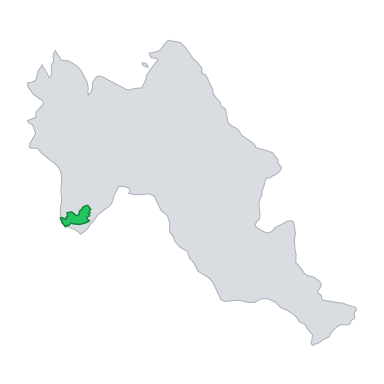 location of Kumgang, Kangwŏn-do, North Korea, rotated 91°
{"feature_id": "82179303B90843555893266", "entity_name": "Kumgang", "entity_type": "district", "adm_level": 2, "iso_a3": "PRK", "parent_name": "North Korea", "parent_adm1": "Kangwŏn-do", "projection": "orthographic", "projection_center": [128.039, 38.544], "detail": "fine", "context": "in_parent", "style": "filled", "palette": "green", "viewbox_px": 384, "rotation_deg": 91, "n_neighbors": 0, "source": "geoboundaries", "source_scale": "gbopen_adm2", "svg_char_len": 4589}
<svg xmlns="http://www.w3.org/2000/svg" viewBox="0 0 384 384"><g transform="rotate(91 192 192)"><path d="M236.1,303.0L234.4,304.0L231.4,309.3L228.7,316.1L226.0,319.7L222.9,321.7L219.5,322.9L212.9,323.4L206.9,323.0L205.0,322.2L196.7,322.6L194.4,323.1L182.6,322.5L176.4,323.0L172.4,324.3L168.4,327.0L164.9,331.0L161.8,335.4L155.5,343.3L151.1,347.2L151.0,352.8L150.8,354.5L149.3,355.7L148.8,355.2L146.3,354.7L136.2,349.4L127.8,352.4L125.6,356.4L123.4,357.7L120.2,349.6L114.8,349.3L106.4,342.0L102.7,343.3L101.7,346.1L96.8,352.5L90.0,357.7L87.9,358.3L85.4,357.9L85.8,356.4L83.3,350.3L73.0,347.6L69.3,344.9L67.4,344.3L77.8,337.9L80.5,336.7L78.6,335.1L76.4,334.3L68.0,335.0L63.7,332.7L57.4,333.2L53.0,331.2L62.4,325.0L62.9,321.1L62.9,318.1L67.8,309.5L72.6,304.9L84.8,298.4L90.0,297.6L93.8,297.9L96.9,297.4L93.7,294.7L90.6,293.4L84.4,293.4L78.1,289.3L77.7,285.1L90.8,259.1L91.1,256.7L89.3,250.2L88.9,244.0L80.2,240.1L76.3,239.6L65.3,232.1L60.9,228.4L59.1,229.4L58.6,235.0L56.9,236.2L53.9,237.2L52.7,230.7L50.4,226.0L43.1,220.9L40.6,218.2L42.1,212.6L41.5,212.1L42.9,205.8L47.7,201.1L59.2,192.8L62.2,188.9L68.0,184.3L70.6,184.5L73.2,184.1L74.1,182.1L74.7,180.4L77.0,179.0L82.5,176.5L88.8,173.2L93.7,172.4L99.9,167.4L102.4,165.1L104.9,165.2L105.6,164.1L107.1,161.5L109.0,159.7L111.7,159.5L116.1,158.3L121.5,157.6L125.4,153.3L126.7,150.2L129.2,146.8L134.5,143.2L138.2,137.7L142.2,131.7L144.2,129.8L146.0,129.5L147.2,127.2L148.5,120.8L150.4,114.6L151.6,111.7L156.2,108.5L157.3,107.0L158.4,106.5L160.5,106.9L163.3,105.1L166.0,103.0L168.4,103.8L170.8,105.5L173.4,109.0L174.5,111.8L176.5,114.1L176.8,117.5L178.9,118.9L183.2,119.7L190.2,122.0L194.8,122.2L197.4,123.9L202.9,124.9L213.8,123.6L218.3,124.3L220.2,126.4L223.0,128.1L224.8,128.2L227.2,125.3L229.8,120.7L231.5,117.1L231.4,114.3L229.9,111.3L226.3,108.5L223.9,104.1L221.7,99.6L220.4,98.1L219.3,95.9L219.1,92.6L219.8,90.3L225.2,88.8L232.2,87.9L237.8,88.8L247.2,88.1L252.9,86.8L257.2,87.0L261.1,86.9L262.8,85.0L268.3,80.3L270.9,78.6L273.7,75.4L274.1,72.1L274.7,69.4L276.3,66.6L279.1,63.0L281.5,61.3L284.2,61.5L287.1,63.1L288.9,64.7L291.0,64.2L292.6,61.4L293.7,60.8L297.0,60.5L298.0,58.8L299.0,50.7L300.2,44.2L300.3,39.7L303.1,32.3L303.9,27.8L305.6,25.7L307.6,25.8L309.2,27.1L311.4,27.8L314.1,27.0L316.1,28.1L317.4,30.5L321.6,32.0L322.0,33.2L322.1,41.3L324.5,45.0L327.6,48.3L331.8,51.3L334.1,52.0L335.5,54.2L336.9,57.9L340.0,61.6L341.6,64.3L342.0,67.1L343.4,68.6L341.1,70.5L337.9,69.5L332.7,69.0L326.2,74.7L322.5,76.7L320.0,82.2L314.9,85.6L312.1,89.1L308.5,95.1L306.2,100.9L300.6,106.9L297.5,114.4L297.4,120.8L301.2,127.2L301.6,132.7L299.3,144.2L300.9,156.2L299.4,161.0L282.0,169.6L277.4,173.8L271.1,184.6L263.2,188.7L258.3,193.1L251.5,195.7L247.2,203.3L242.4,207.6L236.7,210.3L232.4,213.6L222.8,213.9L216.0,216.2L211.2,222.5L196.7,229.7L194.6,235.1L195.6,243.5L195.6,250.0L194.3,255.2L191.1,253.7L189.4,255.5L187.5,260.3L188.0,265.9L193.0,267.8L197.1,270.1L202.9,271.2L207.1,273.9L216.2,285.6L223.7,290.8L225.6,292.7L229.9,295.3L233.9,299.4L236.1,303.0ZM66.7,242.7L63.9,244.4L63.9,241.1L66.1,238.5L68.3,238.2L66.7,242.7Z" fill="#d9dde1" stroke="#a8b0b8" stroke-width="1"/><path d="M220.1,323.1L220.5,323.1L220.9,323.0L221.0,323.0L221.5,322.9L222.1,322.6L223.1,321.6L223.4,321.5L223.7,321.6L224.2,321.6L224.4,321.7L224.8,321.5L224.9,321.4L225.2,321.0L225.4,320.9L225.7,320.7L226.2,320.1L226.3,320.0L226.4,319.9L226.9,319.7L227.1,319.5L227.5,319.1L228.2,318.7L228.4,318.6L228.5,318.3L228.7,318.0L228.8,317.9L228.2,317.9L227.9,317.0L228.0,316.0L227.4,314.6L226.6,313.5L225.6,313.1L225.0,312.4L225.0,311.7L225.8,310.7L226.0,309.4L226.0,308.0L226.3,306.3L226.3,304.8L226.4,303.9L226.2,303.1L226.0,302.2L225.7,301.2L225.4,299.8L224.9,298.6L224.6,297.6L224.0,296.4L223.5,295.4L222.9,294.7L222.6,294.2L221.8,295.2L220.9,296.1L220.3,296.8L219.8,296.9L219.2,296.6L218.9,296.2L218.2,295.4L217.9,294.4L217.1,294.0L216.6,294.4L215.6,294.7L214.8,294.4L214.6,293.6L214.2,294.0L213.4,294.2L212.6,294.2L211.8,293.7L211.3,293.2L211.1,292.9L211.0,293.0L210.7,293.3L210.0,293.8L209.4,294.3L208.1,295.2L207.6,295.5L207.3,296.2L207.3,297.0L207.6,297.9L207.9,298.4L208.2,299.4L208.8,300.1L209.3,301.0L210.0,301.3L210.8,301.5L211.4,302.0L211.7,302.5L212.2,303.2L213.1,304.2L214.1,304.2L214.9,304.2L216.4,304.7L217.0,305.3L217.5,306.8L217.1,308.2L216.0,309.3L215.0,310.7L214.0,311.9L214.2,313.1L214.5,313.9L214.7,315.1L214.8,316.5L215.6,316.5L216.4,316.5L217.6,316.0L218.2,315.6L218.7,316.0L219.0,316.8L219.6,317.5L220.1,317.5L220.8,317.2L221.3,317.5L221.4,318.7L220.9,319.4L220.3,320.4L219.9,321.8L220.1,323.1Z" fill="#22c55e" stroke="#15803d" stroke-width="1.5"/></g></svg>